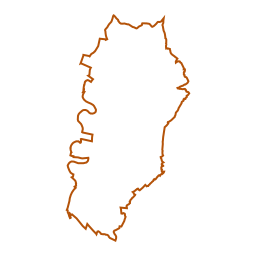 Napradea, Salaj, Romania
{"feature_id": "2599482B62683789744517", "entity_name": "Napradea", "entity_type": "district", "adm_level": 2, "iso_a3": "ROU", "parent_name": "Romania", "parent_adm1": "Salaj", "projection": "albers", "projection_center": [23.333, 47.354], "detail": "fine", "context": "isolated", "style": "outline", "palette": "amber", "viewbox_px": 256, "rotation_deg": 0, "n_neighbors": 0, "source": "geoboundaries", "source_scale": "gbopen_adm2", "svg_char_len": 5656}
<svg xmlns="http://www.w3.org/2000/svg" viewBox="0 0 256 256"><path d="M164.1,171.6L163.3,171.6L162.5,172.8L162.1,172.0L161.7,171.1L161.8,170.4L161.6,170.0L161.9,169.6L161.3,168.9L161.5,167.9L161.3,167.7L161.9,165.7L162.7,166.0L163.2,165.9L163.2,165.7L162.9,165.5L161.7,164.1L162.4,163.0L162.5,162.7L162.9,162.4L163.2,162.5L163.4,162.4L162.2,161.4L161.8,160.6L161.4,158.8L160.9,158.1L160.7,157.0L162.0,156.5L163.1,155.5L162.5,154.2L162.4,151.7L162.6,151.3L162.6,150.6L162.3,149.9L162.8,144.0L162.7,141.5L162.8,141.3L163.2,136.9L164.7,127.2L166.6,125.5L168.3,123.4L168.3,123.0L167.8,122.5L167.9,122.1L168.3,122.1L170.6,120.7L171.5,120.0L174.8,116.8L174.8,116.2L175.4,115.2L175.9,112.6L177.7,110.6L178.2,109.6L178.6,108.2L181.6,103.2L181.6,102.4L181.9,101.8L183.3,100.9L183.3,100.7L183.5,100.4L183.5,100.1L183.8,99.8L183.6,99.3L184.2,98.7L185.4,98.9L185.8,97.8L186.8,97.0L186.8,96.5L186.6,95.9L186.7,95.7L187.2,95.5L188.1,94.9L189.2,93.3L188.3,92.1L186.5,91.7L186.3,91.4L186.1,90.4L185.6,90.1L185.6,89.6L185.3,89.4L185.0,89.0L184.2,88.9L183.4,89.1L182.6,89.2L181.0,88.9L179.8,88.9L178.9,88.6L177.7,88.4L177.5,87.9L179.5,87.4L179.8,86.8L182.0,85.9L182.7,85.8L184.6,84.5L185.4,84.5L187.3,83.1L187.8,82.5L187.9,82.2L188.3,81.5L188.4,81.2L186.8,77.8L186.3,77.2L185.5,77.1L184.8,76.7L184.6,76.4L184.6,75.1L184.0,74.8L183.8,74.3L183.9,73.3L183.8,72.5L184.1,71.8L184.7,71.6L184.7,70.6L185.0,70.1L184.9,69.5L184.8,69.2L184.3,69.1L183.7,69.2L183.8,68.1L181.3,63.0L180.2,62.4L180.1,62.0L179.8,61.5L179.1,61.3L178.5,61.3L176.8,61.9L175.9,62.6L175.8,61.8L175.9,61.3L176.6,60.1L176.8,59.3L177.4,58.7L176.4,57.7L175.3,57.1L174.9,56.6L172.4,54.8L171.5,54.0L170.9,53.2L170.5,52.2L170.2,50.3L169.9,49.8L169.9,49.0L168.2,48.5L167.7,48.7L167.0,48.2L166.2,48.5L166.0,47.0L166.0,45.7L166.3,44.8L166.3,43.9L166.0,43.3L166.2,42.7L166.3,42.0L166.2,41.1L166.3,40.4L166.2,39.3L165.9,38.6L165.4,38.3L165.3,37.0L164.9,34.1L164.5,32.6L163.6,30.6L162.8,26.1L162.4,25.0L163.1,23.4L163.3,22.7L163.4,20.3L163.7,18.2L162.0,20.3L161.3,21.4L159.6,22.0L158.1,21.9L157.6,22.1L156.4,23.6L155.6,24.4L154.0,25.9L152.6,26.7L152.2,26.8L151.7,26.5L149.8,24.2L149.1,23.8L146.6,23.4L142.3,23.3L142.2,23.4L141.9,25.0L141.6,25.3L139.0,26.5L137.1,28.2L136.3,28.4L133.8,27.2L132.7,27.0L129.2,24.7L128.4,24.3L127.4,24.3L124.4,23.5L122.6,23.7L120.9,23.6L119.7,22.8L118.2,20.8L118.3,20.3L117.9,19.7L116.3,18.3L115.7,17.4L114.2,15.7L113.6,15.4L113.1,16.2L112.5,18.6L111.4,21.7L109.1,24.2L107.9,26.1L107.4,27.1L105.2,29.6L105.1,30.3L105.4,31.4L105.6,33.5L105.9,35.5L106.4,37.3L107.2,39.2L105.7,39.9L105.3,39.3L99.8,38.7L98.2,46.1L95.0,51.3L94.8,51.3L93.4,52.8L92.5,53.2L91.0,54.3L89.7,56.3L89.5,56.1L83.4,54.9L83.3,55.8L80.6,63.4L80.8,63.3L83.2,64.3L90.8,67.7L90.6,68.0L89.8,70.1L89.4,74.8L89.1,75.3L88.2,75.7L93.0,79.2L91.9,80.5L91.0,81.9L88.6,80.4L87.6,80.1L86.3,80.6L85.8,81.0L85.3,81.7L85.1,81.7L84.9,82.1L84.4,84.8L84.1,84.9L83.7,87.5L83.5,89.5L84.0,89.4L84.0,89.6L83.8,90.9L83.3,91.5L83.0,92.1L84.3,92.1L83.3,93.8L82.8,95.3L82.6,96.9L83.1,98.1L84.0,99.6L86.0,101.4L88.2,102.5L90.8,103.6L93.0,104.9L94.1,106.1L95.9,109.5L95.9,110.8L95.6,111.9L95.0,112.5L94.2,113.1L92.6,113.6L90.5,113.5L89.1,112.6L88.0,111.3L86.9,110.5L85.6,110.0L83.9,110.0L82.6,110.4L79.7,112.9L78.7,114.1L78.0,115.8L77.8,119.6L78.1,120.9L81.0,123.9L81.6,125.0L82.6,127.5L82.8,129.1L82.1,132.1L82.7,132.5L92.5,134.6L92.1,137.1L91.9,141.3L81.6,139.0L80.9,139.1L81.0,141.4L80.9,142.2L80.8,142.5L80.2,142.8L79.8,142.1L78.9,141.8L78.4,141.3L76.4,141.3L75.1,141.8L73.5,142.6L72.7,143.3L71.7,144.6L71.0,145.9L70.6,147.2L70.7,147.9L70.4,148.1L70.7,150.3L71.3,152.0L71.2,152.0L70.4,155.4L71.9,156.0L73.5,156.2L73.5,157.1L78.0,157.4L81.1,158.2L82.4,158.4L88.3,157.8L88.4,158.5L88.1,160.2L87.7,161.2L86.4,162.5L83.4,163.2L78.2,163.2L73.8,161.6L71.5,161.5L70.2,162.1L68.9,163.3L67.7,165.4L68.0,167.1L69.4,170.6L70.6,172.7L72.5,174.0L73.4,174.4L73.1,176.1L72.9,176.7L71.7,177.3L74.6,180.0L75.5,181.1L76.1,183.3L76.1,183.5L75.9,183.6L76.1,185.7L74.5,186.7L74.6,186.9L75.2,187.2L75.7,187.8L73.9,189.6L72.0,192.4L70.8,195.0L69.8,198.2L69.4,201.1L67.6,208.0L66.8,210.0L67.7,210.4L67.7,211.8L67.8,212.4L68.7,214.3L69.3,216.5L69.8,217.5L70.0,218.1L70.6,217.9L70.7,217.4L70.0,216.9L69.8,216.1L69.9,215.5L69.0,213.4L69.5,213.0L70.9,215.2L72.0,214.4L76.6,218.4L82.8,226.1L85.7,228.8L87.3,224.0L89.0,226.0L93.3,230.8L96.3,233.9L96.5,234.3L96.6,234.1L96.7,233.1L97.5,231.5L98.4,231.3L99.8,232.3L100.7,233.3L100.8,233.7L101.3,234.0L103.4,234.3L103.9,234.1L105.3,234.4L105.7,234.7L107.0,234.8L107.7,235.1L108.5,235.8L108.8,236.7L109.8,237.9L115.4,240.6L116.1,238.4L116.2,236.8L115.7,235.5L114.4,233.7L113.7,232.0L113.8,231.4L114.4,230.6L115.4,230.3L119.3,228.2L119.6,226.3L121.4,226.5L124.3,220.9L124.6,219.6L125.6,216.8L125.0,215.8L124.9,214.1L124.7,213.7L123.5,213.1L123.0,213.2L122.6,213.6L122.2,213.7L121.4,213.5L121.0,209.3L120.6,207.6L126.9,208.2L126.8,207.0L126.5,206.2L126.8,205.5L127.2,205.1L128.9,204.2L129.5,203.5L130.0,203.1L130.0,202.8L129.7,202.0L129.7,201.6L130.0,201.5L130.0,201.1L130.3,200.8L130.5,200.0L130.8,199.6L131.5,199.0L132.3,197.8L132.9,197.5L135.1,195.1L135.2,194.7L134.4,194.5L133.9,193.7L133.3,192.4L132.8,192.0L134.6,191.1L136.0,189.8L136.6,189.6L137.0,189.0L137.5,188.9L137.7,188.7L138.1,188.7L138.3,189.0L138.8,189.8L139.7,190.3L142.7,187.7L145.3,184.9L146.7,186.3L147.3,186.0L148.2,186.0L148.7,185.1L149.7,184.4L150.0,183.8L151.5,182.5L152.3,181.6L153.2,181.0L153.7,179.6L154.3,179.1L154.9,179.6L155.6,179.2L156.4,178.2L157.0,177.2L157.3,177.1L157.6,176.6L158.7,175.4L159.2,175.2L160.0,175.8L160.5,174.9L161.1,174.3L161.7,173.9L162.0,174.1L163.3,173.1L163.9,172.2L164.1,171.6Z" fill="none" stroke="#b45309" stroke-width="2"/></svg>